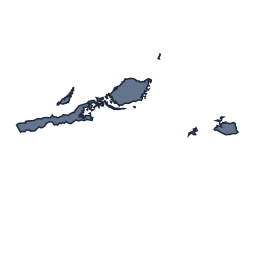 outline of Kavieng District, New Ireland, Papua New Guinea, rotated 140°
{"feature_id": "67681753B13414924819531", "entity_name": "Kavieng District", "entity_type": "district", "adm_level": 2, "iso_a3": "PNG", "parent_name": "Papua New Guinea", "parent_adm1": "New Ireland", "projection": "mercator", "projection_center": [150.489, -2.205], "detail": "fine", "context": "isolated", "style": "filled", "palette": "slate", "viewbox_px": 256, "rotation_deg": 140, "n_neighbors": 0, "source": "geoboundaries", "source_scale": "gbopen_adm2", "svg_char_len": 6017}
<svg xmlns="http://www.w3.org/2000/svg" viewBox="0 0 256 256"><g transform="rotate(140 128 128)"><path d="M101.9,142.8L99.9,140.6L97.9,141.5L97.3,142.3L98.2,143.2L96.7,143.4L95.8,142.5L95.8,144.6L92.8,143.7L92.7,144.9L91.2,145.7L91.1,144.7L89.6,144.4L88.2,145.6L88.5,146.7L84.1,148.5L81.6,151.7L81.1,151.2L81.7,150.1L80.8,149.2L81.4,148.5L80.7,148.5L79.4,149.6L79.6,150.8L80.6,152.6L85.1,153.5L85.8,152.5L87.1,154.3L89.2,155.1L89.1,156.5L91.3,158.9L91.0,160.0L92.1,162.2L94.5,164.7L97.6,166.1L98.4,167.4L100.9,166.7L101.0,166.0L102.8,167.0L104.3,165.7L105.6,166.2L106.8,165.5L110.2,166.7L110.0,166.0L111.7,165.1L112.3,165.9L112.7,165.2L112.4,166.5L114.2,165.4L114.9,165.8L112.3,166.8L112.5,167.3L115.9,165.7L121.1,165.1L121.5,163.7L120.8,163.6L120.3,162.3L120.9,162.4L120.9,160.1L122.4,155.8L121.4,154.7L120.4,157.3L120.5,150.5L119.1,150.9L117.9,149.3L114.5,149.0L111.5,146.4L106.2,145.1L105.5,143.6L101.9,142.8ZM213.0,193.8L211.7,193.7L209.4,191.5L207.1,191.8L204.8,189.6L204.7,188.2L201.2,185.7L195.5,186.1L194.4,183.9L191.8,183.0L188.8,183.4L188.1,184.1L184.8,183.5L182.2,181.6L182.5,177.7L180.8,177.1L180.2,175.6L177.2,175.7L176.6,174.5L174.4,174.1L173.8,172.5L171.5,172.9L170.1,169.2L168.8,168.0L162.8,167.7L161.2,165.1L158.8,164.3L156.5,161.6L154.4,161.3L150.6,156.9L149.6,157.8L149.8,159.2L148.5,162.1L149.5,162.0L152.2,164.8L154.0,164.6L154.0,163.7L154.9,164.7L155.6,163.8L156.4,165.0L156.0,165.5L154.6,165.8L154.3,165.6L154.0,166.8L154.4,167.2L155.3,166.4L158.0,167.5L155.2,168.5L156.7,169.1L154.5,169.4L153.8,168.7L152.8,169.6L152.0,168.5L151.1,169.5L151.4,170.4L150.5,169.8L149.7,170.5L149.4,172.4L144.7,169.7L142.2,171.7L144.0,173.5L151.3,176.5L159.4,174.9L158.8,173.9L160.8,175.5L164.3,176.2L165.3,175.7L169.2,179.9L170.3,179.4L175.6,181.2L176.0,182.7L179.2,186.2L181.2,185.8L183.9,188.6L186.4,190.3L187.8,190.3L191.3,193.2L195.4,194.3L201.2,198.4L202.5,198.7L203.0,197.6L208.8,201.8L211.5,201.9L213.0,193.8ZM52.2,57.0L49.1,54.4L46.4,54.1L46.3,57.5L44.8,58.6L44.5,60.6L43.0,62.6L43.8,64.5L46.6,65.4L48.9,68.2L53.0,71.1L55.1,70.9L55.5,68.8L58.3,72.7L59.4,71.2L60.7,72.2L63.0,71.5L62.8,70.4L60.6,68.7L60.8,67.6L57.5,60.1L53.7,57.3L52.2,57.0ZM157.3,185.9L157.2,186.7L155.2,186.7L153.3,188.6L151.4,188.6L150.1,190.5L148.4,190.0L145.9,192.9L146.7,193.4L149.3,191.8L150.5,192.4L151.1,191.5L152.5,191.5L151.5,190.7L152.1,190.1L152.9,191.0L154.0,190.7L154.5,191.4L154.9,190.8L156.6,191.8L158.1,191.7L158.1,191.0L156.7,191.2L158.4,190.8L158.8,192.1L161.2,192.1L163.8,191.1L164.3,192.3L166.2,192.2L167.4,191.1L166.7,190.5L163.8,190.6L163.4,189.3L162.0,187.9L159.0,187.1L157.3,185.9ZM82.3,82.6L82.0,80.7L80.4,79.5L80.0,82.5L76.8,81.5L76.3,81.9L77.4,83.3L76.6,84.2L78.6,85.1L79.1,83.4L84.6,84.9L86.3,83.4L84.1,83.8L82.3,82.6ZM131.0,166.7L128.1,166.2L127.5,167.4L130.3,168.4L132.8,171.5L133.0,169.9L134.5,167.8L131.9,167.7L131.0,166.7ZM136.8,169.6L136.2,170.8L138.4,172.5L139.3,172.4L141.0,173.8L143.4,173.1L140.0,170.5L136.8,169.6ZM145.0,169.0L143.6,167.1L141.0,168.2L141.9,171.2L145.0,169.0ZM135.1,165.4L133.5,161.4L131.6,162.9L131.9,163.9L133.3,164.2L134.5,165.7L135.1,165.4ZM127.8,154.0L126.5,150.9L124.8,150.2L126.3,154.2L127.0,154.9L127.8,154.0ZM128.5,157.9L129.1,157.5L128.9,155.9L127.8,154.8L126.9,155.0L126.9,156.1L128.5,157.9ZM53.5,74.0L51.4,73.8L51.1,74.1L52.5,74.1L54.0,76.3L55.8,77.1L53.5,74.0ZM129.2,161.7L129.6,160.1L128.6,159.2L127.5,161.1L129.2,161.7ZM123.4,148.4L119.9,146.3L123.5,149.9L123.4,148.4ZM50.8,75.6L47.9,75.0L49.4,76.5L50.8,76.3L50.8,75.6ZM137.3,164.8L136.3,165.1L136.4,166.5L137.9,165.7L137.3,164.8ZM122.2,165.8L121.7,165.3L120.0,165.7L120.7,166.7L122.2,165.8ZM125.3,166.1L125.2,164.0L124.6,163.8L124.2,165.3L125.3,166.1ZM124.2,165.9L122.4,165.9L122.6,167.2L124.3,166.5L124.2,165.9ZM133.0,161.4L132.8,161.0L131.2,162.1L130.8,163.4L133.0,161.4ZM124.6,158.0L123.5,158.5L124.2,159.8L124.8,158.6L124.6,158.0ZM60.2,161.9L59.5,160.8L58.6,162.6L60.2,161.9ZM144.7,194.1L145.3,193.2L145.2,192.3L143.8,193.9L144.7,194.1ZM124.2,149.1L123.6,150.1L124.4,150.7L124.8,149.6L124.2,149.1ZM140.1,165.8L141.3,165.8L141.0,165.1L140.1,165.8ZM109.8,140.5L110.0,139.7L109.3,139.2L109.0,139.8L109.8,140.5ZM128.4,163.8L128.8,162.9L128.4,162.4L127.9,163.0L128.4,163.8ZM145.0,167.8L145.5,167.3L144.6,166.8L144.5,167.3L145.0,167.8ZM154.7,167.1L156.0,167.1L155.3,166.6L154.7,167.1ZM136.1,163.9L137.0,162.6L137.0,162.4L136.0,163.2L136.1,163.9ZM144.6,165.2L144.7,164.6L144.1,164.4L144.0,165.1L144.6,165.2ZM54.0,73.3L55.4,72.3L55.2,71.9L54.0,73.3ZM137.1,167.1L136.4,167.7L137.2,167.6L137.1,167.1ZM129.5,163.5L130.6,163.6L130.6,163.4L129.5,163.5ZM119.7,146.3L119.2,145.5L118.3,145.2L118.9,145.9L119.7,146.3ZM51.2,70.2L50.3,70.2L51.3,70.8L51.2,70.2ZM131.8,165.5L132.0,164.8L131.7,164.6L131.3,165.0L131.8,165.5ZM148.8,159.2L149.1,158.3L148.9,158.1L148.4,158.6L148.8,159.2ZM93.5,141.0L94.3,141.3L94.4,141.1L93.5,141.0ZM122.3,160.7L122.1,159.9L121.6,160.6L122.3,160.7ZM92.6,142.7L92.2,142.2L91.7,142.4L92.0,142.9L92.6,142.7ZM136.9,169.1L137.7,169.1L137.5,168.7L136.9,169.1ZM121.7,163.4L121.8,162.8L121.3,162.6L121.2,163.0L121.7,163.4ZM132.3,167.0L132.6,166.6L132.4,166.2L132.0,166.4L132.3,167.0ZM147.3,163.9L148.0,164.0L147.5,163.3L147.3,163.9ZM159.8,187.2L159.4,186.7L158.8,186.9L159.8,187.2ZM134.9,167.0L135.5,166.7L135.1,166.6L134.9,167.0ZM56.7,163.5L57.5,163.0L57.6,162.8L56.9,162.9L56.7,163.5ZM111.1,166.4L110.8,165.8L110.4,166.3L111.1,166.4ZM153.1,191.6L153.5,191.2L153.0,191.2L153.1,191.6ZM147.1,168.5L147.6,168.5L147.5,168.0L147.1,168.5ZM56.3,163.8L55.4,163.5L56.1,164.1L56.3,163.8ZM143.8,165.0L143.6,164.4L143.0,164.3L143.8,165.0ZM87.1,144.2L87.6,144.3L87.6,144.0L87.1,144.2ZM154.6,165.5L155.6,165.3L155.7,165.2L154.6,165.5ZM75.9,84.4L76.4,84.1L76.0,83.8L75.9,84.4ZM83.9,146.6L84.7,146.6L84.6,146.4L83.9,146.6ZM177.7,186.5L178.2,186.2L177.7,186.1L177.7,186.5ZM155.2,191.6L154.9,191.8L155.8,191.5L155.2,191.6ZM138.9,165.4L139.4,165.4L139.1,165.1L138.9,165.4ZM129.3,158.4L129.1,157.8L128.6,158.0L129.3,158.4ZM95.7,140.1L96.2,139.7L95.6,139.9L95.7,140.1Z" fill="#64748b" stroke="#1e293b" stroke-width="1.5"/></g></svg>